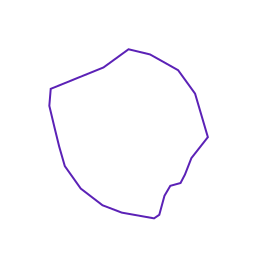 outline of Kasaji, Katanga, Democratic Republic of the Congo, rotated 134°
{"feature_id": "63176286B96753486418064", "entity_name": "Kasaji", "entity_type": "district", "adm_level": 2, "iso_a3": "COD", "parent_name": "Democratic Republic of the Congo", "parent_adm1": "Katanga", "projection": "equal_earth", "projection_center": [23.457, -10.361], "detail": "fine", "context": "isolated", "style": "outline", "palette": "violet", "viewbox_px": 256, "rotation_deg": 134, "n_neighbors": 0, "source": "geoboundaries", "source_scale": "gbopen_adm2", "svg_char_len": 426}
<svg xmlns="http://www.w3.org/2000/svg" viewBox="0 0 256 256"><g transform="rotate(134 128 128)"><path d="M168.7,45.2L151.4,54.7L140.2,57.4L131.1,52.0L121.9,54.7L105.6,61.5L79.1,64.2L56.7,103.6L51.6,132.1L59.8,163.3L71.0,182.3L101.5,187.7L126.0,198.6L153.5,210.8L166.7,200.0L178.9,180.9L189.1,164.7L199.3,147.0L204.4,119.9L201.3,92.7L193.2,73.7L174.9,46.5L168.7,45.2Z" fill="none" stroke="#5b21b6" stroke-width="2"/></g></svg>